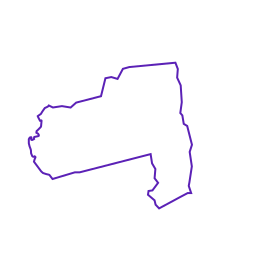 the district of Hampton, South Carolina, United States of America, rotated 27°
{"feature_id": "52423323B13440849980241", "entity_name": "Hampton", "entity_type": "district", "adm_level": 2, "iso_a3": "USA", "parent_name": "United States of America", "parent_adm1": "South Carolina", "projection": "orthographic", "projection_center": [-81.257, 32.792], "detail": "fine", "context": "isolated", "style": "outline", "palette": "violet", "viewbox_px": 256, "rotation_deg": 27, "n_neighbors": 0, "source": "geoboundaries", "source_scale": "gbopen_adm2", "svg_char_len": 1338}
<svg xmlns="http://www.w3.org/2000/svg" viewBox="0 0 256 256"><g transform="rotate(27 128 128)"><path d="M47.2,143.9L47.1,144.4L47.0,144.9L46.8,145.4L46.5,145.8L44.8,148.0L44.2,152.2L44.0,155.0L42.2,158.4L42.4,158.7L46.3,161.5L46.8,161.4L46.9,161.1L47.0,160.8L47.2,160.7L47.4,160.6L47.7,160.8L49.7,165.8L49.8,166.7L48.8,170.0L48.2,171.7L48.0,172.1L48.0,172.4L48.5,173.8L50.5,173.9L51.8,174.8L52.0,175.5L51.6,176.1L49.0,178.2L48.6,178.5L48.8,180.0L49.3,180.4L49.2,180.7L48.0,182.2L47.4,182.4L47.1,182.3L46.7,181.8L46.2,180.3L45.8,180.2L45.2,180.7L44.8,181.2L44.7,183.0L46.6,186.7L48.7,189.1L50.9,191.1L51.8,192.2L53.1,194.5L55.4,196.5L56.0,196.7L56.8,196.6L57.7,195.6L58.1,195.7L58.7,195.9L58.9,196.3L59.0,198.3L59.5,200.7L70.4,206.1L72.7,206.7L76.0,206.2L78.4,205.6L79.2,205.5L79.5,205.6L83.9,207.7L100.7,191.7L105.1,189.4L160.0,141.0L165.5,148.6L171.0,152.1L174.5,160.7L179.7,163.2L178.1,172.5L174.9,174.8L176.1,178.4L184.5,180.4L187.4,183.8L192.2,185.5L201.5,172.1L205.0,167.0L210.7,158.9L213.8,157.3L208.4,152.0L207.4,148.6L202.3,133.2L193.8,121.3L192.6,113.9L179.8,99.3L175.8,99.0L170.7,92.1L167.8,90.9L164.2,80.6L155.6,66.1L148.9,60.8L145.6,52.8L140.6,48.3L101.5,73.1L96.6,77.6L96.4,89.0L90.0,90.2L85.3,93.9L89.5,111.9L70.3,128.9L67.6,135.8L59.2,138.5L51.8,143.8L47.2,143.9Z" fill="none" stroke="#5b21b6" stroke-width="2"/></g></svg>